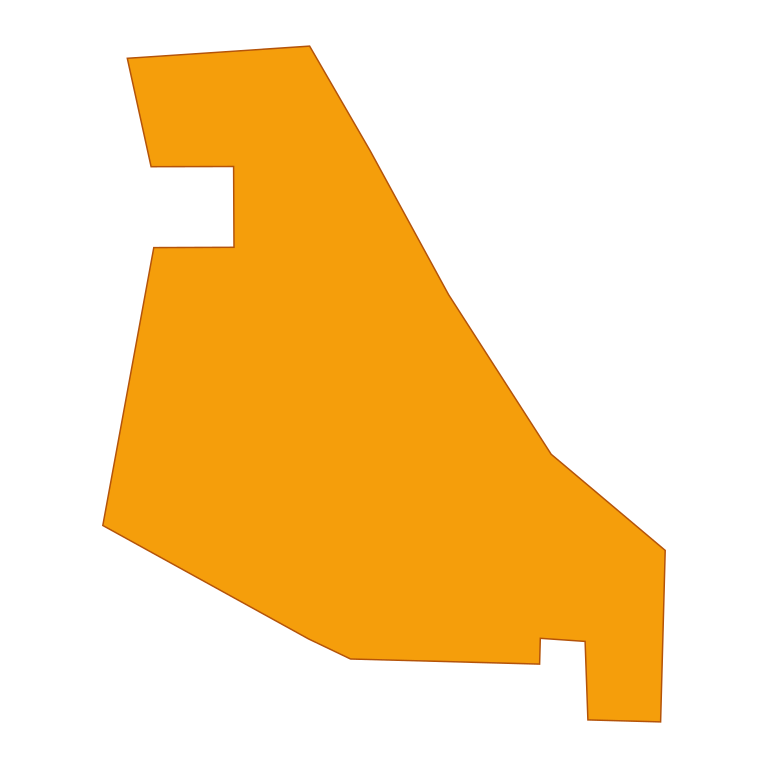 the district of Navoi city, Navoi, Uzbekistan
{"feature_id": "79887680B50515464661087", "entity_name": "Navoi city", "entity_type": "district", "adm_level": 2, "iso_a3": "UZB", "parent_name": "Uzbekistan", "parent_adm1": "Navoi", "projection": "equal_earth", "projection_center": [65.362, 40.044], "detail": "fine", "context": "isolated", "style": "filled", "palette": "amber", "viewbox_px": 768, "rotation_deg": 0, "n_neighbors": 0, "source": "geoboundaries", "source_scale": "gbopen_adm2", "svg_char_len": 358}
<svg xmlns="http://www.w3.org/2000/svg" viewBox="0 0 768 768"><path d="M370.0,150.5L309.6,46.1L127.3,58.3L151.1,166.7L233.6,166.5L234.0,247.3L153.8,247.6L102.8,525.5L308.5,638.9L350.5,659.0L539.6,664.1L540.3,638.3L585.1,641.4L587.9,719.9L660.6,721.9L665.2,550.4L551.2,454.3L448.6,294.7L370.0,150.5Z" fill="#f59e0b" stroke="#b45309" stroke-width="1.5"/></svg>